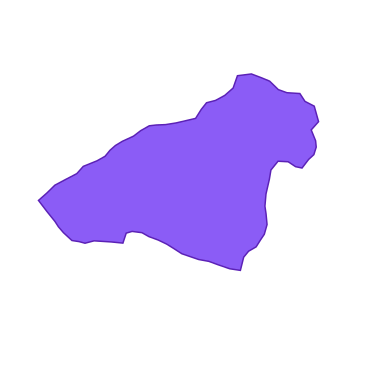 outline of Sinta, Cyprus, rotated 68°
{"feature_id": "46923920B25910914763137", "entity_name": "Sinta", "entity_type": "district", "adm_level": 2, "iso_a3": "CYP", "parent_name": "Cyprus", "parent_adm1": "", "projection": "albers", "projection_center": [33.704, 35.158], "detail": "fine", "context": "isolated", "style": "filled", "palette": "violet", "viewbox_px": 384, "rotation_deg": 68, "n_neighbors": 0, "source": "geoboundaries", "source_scale": "gbopen_adm2", "svg_char_len": 1076}
<svg xmlns="http://www.w3.org/2000/svg" viewBox="0 0 384 384"><g transform="rotate(68 192 192)"><path d="M141.1,55.1L135.5,66.8L129.4,73.6L118.3,78.5L112.2,84.7L104.8,92.7L101.2,106.3L111.0,114.9L114.7,125.4L115.9,135.9L114.7,145.1L118.9,152.5L125.1,161.1L122.0,180.9L119.6,191.3L116.5,200.0L114.6,206.8L115.9,216.6L118.3,225.3L118.9,237.6L120.2,245.6L122.6,252.4L126.3,259.2L127.5,268.4L127.5,283.2L131.8,291.9L133.0,304.2L134.3,316.6L138.6,327.0L142.3,337.5L155.8,333.8L168.0,330.1L174.2,328.9L181.6,326.4L192.0,321.5L195.7,315.3L199.4,310.4L200.6,301.1L208.0,285.7L213.5,275.2L205.5,268.4L206.1,262.3L211.0,253.6L217.2,248.7L223.9,241.3L230.7,235.1L237.4,230.2L245.4,224.6L257.1,211.1L262.6,202.4L269.3,195.0L277.3,185.8L282.8,176.5L271.8,168.5L268.1,161.7L266.9,153.1L262.0,146.3L258.3,140.8L250.3,134.6L239.9,131.5L232.5,129.7L221.5,124.1L209.2,115.5L201.2,110.6L195.7,100.7L200.0,91.5L207.3,86.5L211.0,81.0L205.5,71.7L203.0,65.0L196.9,60.0L190.8,58.2L179.1,58.2L174.2,48.3L158.2,46.5L150.3,53.3L141.1,55.1Z" fill="#8b5cf6" stroke="#5b21b6" stroke-width="1.5"/></g></svg>